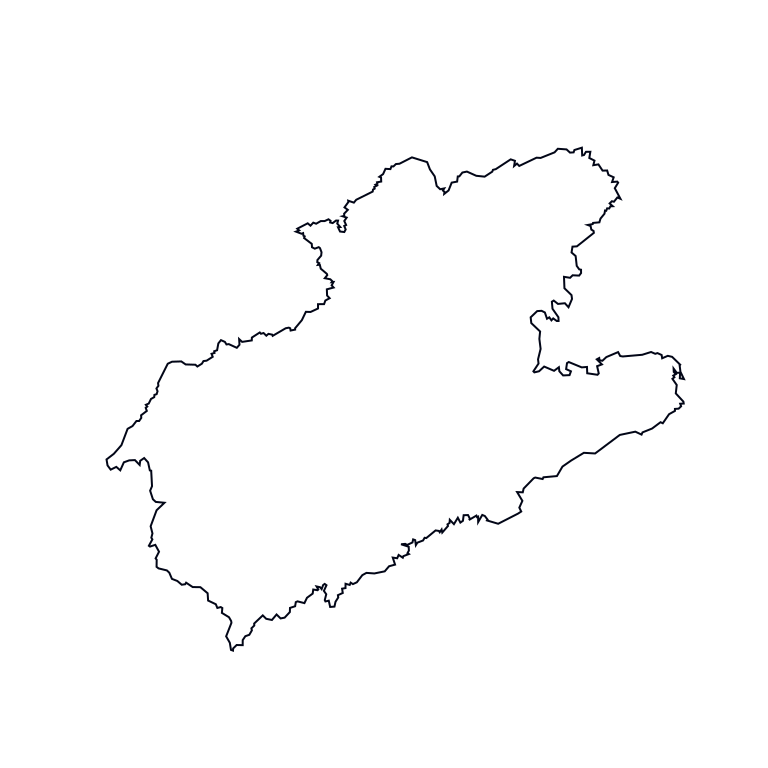 Tuzantla, Michoacán, Mexico, rotated 252°
{"feature_id": "50627088B6449807032479", "entity_name": "Tuzantla", "entity_type": "district", "adm_level": 2, "iso_a3": "MEX", "parent_name": "Mexico", "parent_adm1": "Michoacán", "projection": "orthographic", "projection_center": [-100.59, 19.224], "detail": "fine", "context": "isolated", "style": "outline", "palette": "ink", "viewbox_px": 768, "rotation_deg": 252, "n_neighbors": 0, "source": "geoboundaries", "source_scale": "gbopen_adm2", "svg_char_len": 6163}
<svg xmlns="http://www.w3.org/2000/svg" viewBox="0 0 768 768"><g transform="rotate(252 384 384)"><path d="M547.7,637.4L545.7,635.9L546.6,632.4L550.7,630.1L554.0,622.0L551.6,617.8L550.6,602.8L552.1,599.0L549.6,580.0L552.5,578.6L551.1,575.1L555.8,577.5L558.5,573.9L553.8,556.7L554.0,553.8L552.5,552.6L550.1,543.8L553.5,536.1L560.4,528.5L560.9,523.9L558.2,519.8L558.6,518.3L553.9,516.1L554.6,510.6L548.1,505.2L546.2,500.0L548.1,500.9L549.8,499.8L551.4,501.7L551.9,497.6L556.1,495.3L565.8,496.4L573.9,494.0L581.7,493.6L590.9,480.6L588.7,466.8L589.5,463.3L588.0,460.2L588.7,458.4L586.4,456.5L588.2,451.9L583.9,448.0L582.5,443.6L581.3,445.0L577.4,443.9L578.0,439.7L576.4,439.6L576.2,437.6L574.9,438.6L574.4,435.6L572.7,435.5L572.3,433.6L570.5,432.7L567.8,414.5L565.8,411.4L569.4,406.6L568.1,406.4L564.2,401.0L560.8,403.4L558.3,398.7L556.2,398.2L556.3,396.5L553.8,399.9L551.3,396.6L546.9,397.1L546.6,395.0L542.8,395.3L540.8,393.2L542.6,389.3L547.3,388.7L546.8,390.9L551.0,389.1L553.6,390.8L554.3,388.9L552.9,384.9L554.3,382.7L555.7,383.6L557.8,382.1L557.3,378.0L558.5,374.2L557.4,369.0L559.3,366.6L557.3,363.0L560.4,361.1L558.5,349.5L556.3,350.8L556.1,347.4L552.4,352.0L552.5,353.7L549.9,353.2L548.9,354.2L547.5,353.1L539.6,358.6L536.3,357.8L534.1,360.0L534.3,364.2L533.0,365.1L528.6,365.3L525.5,363.9L522.5,359.0L520.5,358.2L519.1,359.6L517.7,357.9L517.3,359.8L513.2,359.5L506.4,363.7L505.1,363.7L502.9,360.4L500.2,365.3L497.6,366.7L497.0,365.8L496.6,367.5L494.0,364.7L491.3,365.9L491.7,358.9L485.7,357.2L482.4,358.8L481.5,354.0L478.5,351.7L480.3,345.9L476.2,344.6L475.2,336.4L476.8,332.0L470.1,325.6L464.5,316.7L463.2,316.3L463.7,311.7L466.0,312.0L467.0,310.9L467.4,307.7L464.2,293.0L465.5,292.9L467.4,289.6L466.3,287.0L469.7,285.2L469.8,282.5L471.4,281.8L469.0,272.7L466.3,271.7L467.9,262.1L471.5,260.1L466.0,258.7L463.9,255.2L469.9,248.7L470.3,246.4L473.2,245.7L476.1,242.5L473.8,239.0L467.7,235.7L467.6,232.6L465.9,232.4L466.0,229.3L462.8,229.5L461.0,222.5L461.6,219.4L459.6,217.1L458.3,211.9L460.6,210.6L463.9,201.4L468.1,198.2L470.7,189.3L470.1,184.6L454.7,169.4L452.0,168.9L450.1,166.2L447.1,166.4L444.6,164.6L444.6,162.3L442.5,161.4L441.8,157.8L438.1,154.2L437.8,151.1L435.7,151.9L435.0,150.0L431.7,150.1L429.3,143.3L426.8,142.7L424.5,139.7L425.3,137.1L421.7,131.8L420.6,126.3L407.0,115.4L401.1,105.5L398.0,96.8L392.0,95.9L387.0,97.6L387.9,103.8L383.4,106.5L389.9,112.4L390.1,118.1L388.6,123.6L382.5,126.6L386.3,128.4L387.7,133.0L382.4,135.4L374.2,134.6L373.5,135.8L358.5,131.8L354.8,128.6L345.8,128.6L342.4,130.5L338.9,138.5L334.2,128.7L320.8,118.1L313.4,117.6L309.7,115.2L307.8,115.7L302.8,110.4L301.7,111.2L301.7,116.8L294.0,118.2L288.7,112.9L287.1,113.5L280.4,111.2L278.3,112.6L273.8,119.9L270.9,121.5L264.2,122.1L260.5,126.6L255.6,129.6L255.0,133.0L256.2,134.4L250.0,139.3L247.5,146.6L239.5,151.6L232.4,149.8L226.5,156.0L222.5,156.3L222.3,159.8L220.9,161.0L216.4,159.1L210.1,164.5L205.8,165.4L204.0,165.1L192.8,155.9L185.5,157.4L178.4,156.3L177.1,158.0L179.1,158.8L181.3,163.2L179.3,168.9L184.1,170.5L187.0,174.2L187.1,178.4L190.5,182.2L192.6,182.4L194.4,186.0L196.3,186.5L201.4,197.2L197.1,199.4L194.2,204.5L198.0,210.6L193.0,213.2L192.5,217.3L196.2,224.0L200.1,225.4L200.1,230.8L203.8,232.7L204.0,234.6L200.2,240.6L204.5,244.7L206.7,251.4L210.4,253.2L208.4,257.1L208.9,258.0L212.3,257.3L210.5,260.4L208.2,261.3L211.6,264.0L212.2,265.8L210.4,267.1L205.8,262.9L201.9,264.1L196.8,260.9L195.3,261.1L195.0,264.5L188.6,263.9L187.6,268.1L191.9,270.6L195.1,274.5L197.4,274.9L198.0,280.2L202.3,280.9L201.8,284.3L205.9,285.7L203.5,289.3L205.4,290.9L203.3,292.6L203.8,296.9L208.9,304.3L209.8,308.9L206.8,316.3L205.6,326.8L209.1,332.5L208.8,338.7L216.2,338.7L214.2,342.7L216.9,345.1L213.0,348.2L214.3,349.2L214.6,355.1L215.9,354.1L217.9,356.2L221.6,357.2L226.3,350.7L225.4,354.8L223.8,356.3L224.5,362.1L227.2,363.7L225.9,365.4L220.9,364.5L222.8,366.7L223.1,372.8L225.2,375.1L224.4,376.6L228.8,387.8L227.3,390.8L225.8,391.2L227.8,393.8L224.7,393.5L229.2,401.0L230.9,401.0L231.6,403.4L234.5,404.6L229.1,407.2L234.0,412.9L228.6,413.8L229.5,416.8L234.6,419.2L233.4,423.4L229.1,424.1L228.4,422.7L230.3,431.2L228.7,431.3L228.8,432.5L223.6,430.9L229.1,437.0L227.3,439.1L223.0,440.6L222.4,439.8L215.8,449.4L219.3,471.3L220.3,475.1L224.6,474.5L230.1,479.5L240.1,477.2L238.1,482.5L241.4,484.5L248.1,497.2L248.3,498.9L244.6,505.5L246.0,506.8L243.0,520.0L250.3,528.2L253.4,538.4L256.8,552.8L252.7,563.3L262.7,592.5L261.0,608.3L256.3,613.3L258.1,614.9L258.8,625.2L262.2,635.2L260.5,637.0L267.2,645.8L268.5,652.4L270.4,653.0L269.5,656.6L271.0,659.7L273.7,659.6L272.8,663.0L274.7,663.3L284.9,658.6L292.6,662.1L299.8,659.9L300.7,662.3L302.6,661.7L303.2,664.6L305.9,663.3L309.2,664.2L304.1,665.9L303.3,669.1L298.0,667.1L296.0,670.8L304.0,669.7L311.2,671.1L310.0,672.1L320.8,666.4L323.1,662.6L322.5,656.5L325.8,657.0L328.9,653.6L328.9,651.3L331.9,647.9L332.0,638.6L336.4,619.6L337.6,617.3L342.0,616.5L340.9,603.8L338.6,598.9L340.0,596.3L342.2,596.7L341.7,594.0L335.3,597.3L335.1,592.2L327.7,591.5L326.8,589.9L331.4,580.6L337.5,582.3L338.7,577.2L347.8,566.5L347.3,564.5L341.9,561.8L338.3,565.7L335.1,563.2L336.8,557.0L341.9,554.7L345.9,555.5L344.0,549.8L351.1,541.7L348.2,535.4L348.6,530.6L349.9,530.0L355.7,537.3L359.8,538.1L369.0,543.8L378.9,545.7L385.7,548.7L396.4,542.9L402.1,544.1L406.0,552.2L404.9,556.5L402.3,559.1L395.7,559.2L396.3,561.8L392.8,562.9L394.1,565.2L390.5,567.8L390.0,569.5L393.6,570.5L403.5,567.5L410.4,569.1L410.9,571.2L406.4,574.2L404.9,581.0L400.0,583.2L406.8,589.1L410.6,589.8L419.3,585.2L430.3,588.3L427.5,593.8L429.1,597.0L426.8,603.1L428.6,605.7L431.8,606.7L432.7,605.1L436.8,603.8L446.5,605.8L451.1,603.0L456.4,605.7L455.3,610.0L462.9,630.3L464.8,630.6L466.8,628.9L470.4,629.3L472.3,626.9L471.6,631.9L472.6,632.6L471.2,638.8L474.4,641.0L477.8,646.3L480.7,647.8L480.1,648.9L482.1,650.5L481.3,652.4L483.0,654.2L482.4,656.5L486.0,654.4L487.4,657.2L486.3,659.0L489.3,663.6L487.1,666.1L498.9,664.0L503.1,668.9L504.4,668.4L505.6,663.3L509.6,666.3L513.5,662.1L518.1,662.2L519.4,657.8L526.6,655.8L527.4,650.7L531.4,653.2L535.5,649.1L541.1,652.0L542.4,647.8L540.0,645.0L540.1,643.1L547.6,645.2L547.7,637.4Z" fill="none" stroke="#020617" stroke-width="2"/></g></svg>